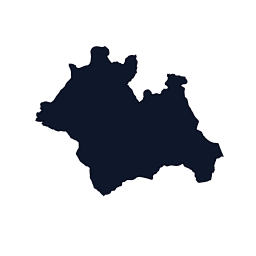 outline of Poni, Poni, Burkina Faso, rotated 239°
{"feature_id": "67063806B8041269423759", "entity_name": "Poni", "entity_type": "district", "adm_level": 2, "iso_a3": "BFA", "parent_name": "Burkina Faso", "parent_adm1": "Poni", "projection": "natural_earth1", "projection_center": [-3.327, 10.311], "detail": "fine", "context": "isolated", "style": "filled", "palette": "ink", "viewbox_px": 256, "rotation_deg": 239, "n_neighbors": 0, "source": "geoboundaries", "source_scale": "gbopen_adm2", "svg_char_len": 5847}
<svg xmlns="http://www.w3.org/2000/svg" viewBox="0 0 256 256"><g transform="rotate(239 128 128)"><path d="M82.9,72.6L83.3,73.9L83.2,74.4L82.3,76.1L81.8,78.6L82.1,79.6L82.8,80.3L83.0,80.8L83.1,81.8L83.0,82.5L82.2,83.8L82.0,84.6L83.1,86.6L83.4,87.8L83.4,88.3L83.0,89.2L83.1,90.7L82.5,92.2L82.5,92.8L82.8,93.1L84.1,93.7L85.1,95.4L85.0,96.1L84.3,97.4L84.5,99.3L84.5,100.9L84.3,101.3L82.3,104.2L81.6,106.0L81.5,107.9L81.8,109.9L81.7,110.7L81.6,111.4L80.9,112.8L80.2,113.9L76.7,117.7L74.1,120.2L72.8,121.2L72.0,122.2L72.4,123.0L74.4,124.0L75.1,125.1L75.7,125.5L75.4,126.1L75.5,126.3L75.1,128.0L75.2,129.3L76.0,130.6L76.1,132.2L77.8,134.3L78.1,134.3L78.0,135.9L77.7,137.1L77.7,137.5L78.2,138.3L78.1,140.2L77.1,141.1L76.7,141.2L76.4,141.6L75.6,142.0L74.5,146.0L71.0,150.4L70.2,152.6L69.8,156.9L69.5,157.3L69.0,157.5L66.9,157.1L66.2,157.2L64.1,158.6L62.2,160.1L61.6,160.5L60.8,160.5L59.5,161.8L57.5,161.6L55.9,162.5L55.1,162.7L53.9,162.2L52.3,161.0L51.4,161.0L50.0,161.4L49.2,161.2L48.8,160.3L48.4,160.2L45.6,160.5L44.9,161.3L42.2,168.0L41.9,169.8L41.8,171.6L41.5,172.1L42.1,172.9L43.2,173.5L43.9,174.5L45.4,175.4L45.8,175.9L46.3,176.0L46.9,177.2L47.0,178.6L46.7,178.6L47.9,180.3L48.9,180.4L49.7,181.2L50.4,181.2L51.0,181.4L51.5,181.9L52.3,182.0L52.6,182.2L52.8,183.3L53.1,183.5L53.7,183.3L54.0,183.9L54.0,184.5L54.9,185.3L55.2,186.1L56.2,186.7L56.6,187.7L57.0,187.8L56.8,188.2L56.8,189.0L56.4,189.5L56.3,190.0L56.0,190.3L56.2,190.6L56.0,191.6L56.2,192.8L56.2,193.6L55.9,194.2L55.4,194.7L64.5,196.1L67.5,196.8L68.2,196.8L71.0,192.9L72.6,191.8L73.3,191.1L76.2,189.7L79.7,188.5L80.6,188.6L81.8,188.3L82.2,187.9L86.1,188.5L87.1,188.3L90.6,185.8L91.6,185.5L92.9,186.3L94.6,188.1L97.5,191.6L100.3,191.2L101.8,190.7L104.5,190.6L108.1,190.9L110.9,190.8L112.5,191.1L115.6,190.8L116.9,191.1L120.7,192.5L122.5,193.0L124.7,192.2L125.8,192.2L130.0,194.2L131.4,195.1L132.4,196.3L133.3,196.4L136.5,194.5L137.2,194.6L137.9,195.7L138.0,196.7L137.8,197.9L136.6,200.5L136.8,201.5L137.7,202.4L139.9,202.5L140.9,201.9L142.0,202.7L142.3,202.5L144.6,199.4L146.0,198.7L146.6,197.4L147.8,195.6L148.4,195.2L149.9,195.0L151.1,193.4L151.4,191.4L152.0,190.9L152.7,190.8L152.8,190.1L153.2,189.6L152.5,189.0L151.9,188.8L151.2,189.3L150.5,189.1L150.0,188.4L149.5,188.3L148.8,187.7L148.0,185.9L147.5,185.6L147.5,185.1L147.3,184.9L147.5,184.1L147.2,183.5L146.6,183.0L146.0,182.7L145.3,183.2L144.0,183.8L142.4,184.0L142.0,183.9L141.6,183.5L140.7,182.0L140.8,181.4L142.4,178.7L142.0,178.5L142.0,176.6L141.9,176.3L141.5,175.8L140.6,175.2L140.1,174.3L140.0,173.2L140.5,171.5L141.6,170.9L142.5,170.2L142.9,169.0L143.4,166.4L143.6,166.0L145.1,165.3L146.8,165.9L149.6,165.2L150.2,164.7L150.4,164.2L150.8,162.8L150.8,162.0L150.7,160.9L150.1,160.2L149.6,159.6L148.7,159.3L147.9,158.6L146.5,158.5L145.8,157.3L144.1,155.5L143.8,152.1L143.6,151.6L143.6,151.2L144.1,150.2L146.7,150.2L148.2,149.7L148.9,149.7L151.0,150.3L153.7,149.7L158.4,150.6L160.7,150.1L160.8,150.0L161.8,149.7L162.9,149.2L163.6,149.9L164.2,149.2L166.1,149.1L166.4,149.3L166.6,150.5L167.1,150.9L167.5,151.5L167.5,152.5L168.0,152.8L167.7,153.9L167.4,154.3L167.4,154.7L168.1,155.3L168.9,157.1L168.7,157.6L168.7,158.4L169.5,159.0L169.7,159.7L169.6,160.1L171.2,162.1L171.4,163.1L171.4,163.7L172.0,163.9L173.0,163.8L174.6,165.7L175.1,165.8L175.6,166.6L176.2,166.3L176.7,166.5L177.0,166.9L177.4,167.0L177.9,167.1L178.0,167.5L178.4,167.6L178.1,167.9L179.0,168.8L179.6,169.0L180.0,169.7L180.9,169.8L181.5,169.6L182.0,169.9L183.5,169.6L183.8,169.9L184.2,170.0L184.5,170.7L184.5,170.9L184.7,171.2L185.4,171.6L186.2,171.8L186.2,171.1L186.7,170.2L186.8,169.5L187.5,169.2L188.2,168.2L188.7,166.2L188.8,165.4L188.2,163.8L188.3,162.7L188.2,161.8L185.7,159.7L184.3,157.0L184.8,156.1L184.8,155.6L185.1,155.3L185.6,155.2L186.2,154.6L186.9,154.6L187.1,154.1L187.5,153.7L190.1,152.5L190.3,151.9L190.3,150.9L191.3,149.9L191.4,149.4L191.2,148.1L191.6,147.3L192.4,146.7L196.5,146.2L200.8,146.4L201.1,146.6L201.3,146.9L201.1,148.7L201.6,149.6L203.8,150.8L204.1,150.8L204.9,151.2L205.8,151.2L206.3,150.9L209.4,150.0L209.3,149.2L210.1,147.0L213.4,143.2L214.3,141.2L214.5,139.7L214.3,138.6L213.8,137.3L212.5,135.8L208.1,133.9L203.8,130.7L202.4,128.8L201.7,126.7L201.9,125.4L202.9,122.8L203.7,117.3L204.4,115.9L205.5,114.7L206.8,114.3L208.5,114.7L209.3,113.9L210.5,113.5L212.0,111.7L212.6,110.6L211.3,109.9L208.3,109.6L205.3,108.8L202.7,107.2L200.2,105.9L199.5,105.0L198.5,101.9L198.4,100.8L197.7,98.7L197.1,97.5L195.7,95.7L194.9,92.8L194.5,89.7L193.4,88.0L191.7,83.5L189.4,78.9L188.9,76.1L189.0,74.8L189.6,73.8L192.4,71.1L192.9,70.2L193.1,68.8L193.7,66.9L193.6,66.0L193.0,65.4L191.1,65.0L190.1,63.9L189.3,64.0L189.3,63.4L189.0,63.6L187.1,63.6L186.7,62.9L186.6,60.8L186.4,60.3L185.8,60.0L186.2,59.1L187.0,58.8L187.4,58.4L187.2,57.6L186.5,56.9L185.3,56.4L183.8,56.6L182.9,57.1L182.6,57.0L183.0,54.7L182.6,54.4L181.8,53.3L180.2,54.7L180.0,55.3L179.0,56.2L178.4,58.1L177.9,58.4L177.8,58.8L177.5,59.0L176.0,58.0L176.0,57.0L175.6,57.0L175.2,57.3L174.5,57.2L174.2,57.5L173.7,57.4L173.4,58.2L171.5,59.6L171.1,60.3L170.5,61.1L169.9,60.9L169.2,61.0L168.5,61.6L168.6,62.1L167.7,62.0L166.1,63.1L166.2,63.7L165.9,63.9L166.0,64.0L163.9,64.9L162.6,65.9L162.1,66.6L161.5,66.8L160.9,69.1L158.5,71.8L157.7,73.7L156.4,73.8L154.8,74.2L152.9,74.2L151.9,74.5L149.1,74.4L147.5,75.7L147.0,75.8L146.0,76.7L145.5,76.7L144.2,78.2L143.2,78.1L141.4,79.1L140.7,78.9L136.2,76.4L135.2,74.9L134.7,73.8L132.9,71.2L132.4,70.7L131.9,70.6L130.1,70.7L124.3,70.4L124.0,70.6L123.3,70.7L121.7,71.4L120.9,71.6L120.2,72.4L119.9,72.5L119.6,72.2L117.7,72.8L117.1,73.2L116.8,73.8L116.0,74.4L113.6,75.3L112.6,75.3L111.7,74.1L110.2,73.3L109.5,73.1L108.2,72.2L107.5,72.1L105.0,70.5L104.0,70.2L102.3,70.3L100.3,70.0L98.3,69.5L96.7,69.4L94.3,68.7L93.7,68.9L91.8,70.1L89.4,70.6L88.8,71.3L88.4,71.5L88.0,71.4L87.6,71.6L87.1,71.5L85.1,71.9L82.9,72.6Z" fill="#0f172a" stroke="#020617" stroke-width="1.5"/></g></svg>